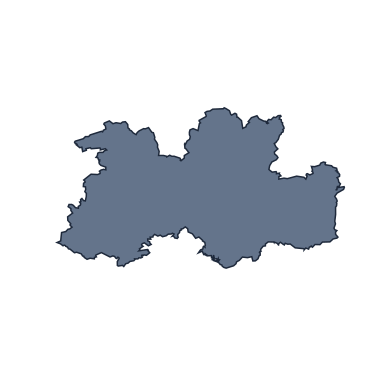 the district of Ballymote-Tobercurry Lea-7, Sligo, Ireland, rotated 159°
{"feature_id": "5873133B63806445794843", "entity_name": "Ballymote-Tobercurry Lea-7", "entity_type": "district", "adm_level": 2, "iso_a3": "IRL", "parent_name": "Ireland", "parent_adm1": "Sligo", "projection": "albers", "projection_center": [-8.685, 54.105], "detail": "fine", "context": "isolated", "style": "filled", "palette": "slate", "viewbox_px": 384, "rotation_deg": 159, "n_neighbors": 0, "source": "geoboundaries", "source_scale": "gbopen_adm2", "svg_char_len": 6033}
<svg xmlns="http://www.w3.org/2000/svg" viewBox="0 0 384 384"><g transform="rotate(159 192 192)"><path d="M282.4,146.9L279.6,148.8L277.2,148.5L274.9,149.4L270.9,148.7L269.3,149.5L269.4,150.1L266.5,148.9L265.1,149.6L263.5,148.8L261.8,148.9L261.8,150.6L261.2,151.0L260.3,150.1L259.4,150.5L257.2,149.2L253.6,150.3L253.2,150.5L254.3,153.2L253.7,153.4L254.0,154.2L262.6,156.1L261.3,156.7L261.4,157.8L257.1,158.8L257.9,159.9L257.9,161.0L256.8,161.6L254.7,161.6L252.0,157.4L248.9,157.7L249.6,159.5L249.4,160.9L250.8,162.2L250.2,164.0L247.4,162.7L247.3,164.8L244.6,164.0L243.9,165.1L242.0,165.8L239.7,163.1L237.1,163.1L235.5,160.8L231.7,160.4L229.3,161.2L226.5,160.2L225.1,160.5L223.8,159.2L226.3,157.8L225.0,157.7L224.6,155.3L222.4,153.9L221.0,154.8L221.2,155.5L220.5,157.5L218.2,158.6L217.3,160.2L215.5,160.4L215.3,161.3L213.8,161.0L210.8,161.8L209.2,159.3L209.9,156.1L206.6,152.8L205.2,147.5L201.7,147.5L199.4,143.0L199.7,142.5L198.1,140.4L198.7,137.4L199.6,136.9L199.7,136.0L200.5,137.1L201.3,136.7L202.3,134.9L204.8,134.9L207.8,132.9L203.6,133.1L203.5,129.7L203.0,129.9L203.0,129.2L202.0,128.6L201.5,129.2L201.1,128.3L201.5,129.0L201.6,128.4L200.9,128.1L201.4,127.6L200.6,126.9L196.7,125.7L197.4,123.5L195.6,123.1L195.3,124.3L194.2,125.3L194.7,124.5L194.7,122.9L196.9,121.8L193.0,120.9L192.1,119.7L191.4,120.4L191.6,119.5L190.6,118.9L192.0,117.9L192.9,118.8L192.4,117.3L193.7,118.5L193.0,118.3L193.0,119.3L195.2,119.3L196.3,121.0L196.7,120.5L193.3,117.6L192.0,115.7L191.7,114.2L190.3,113.2L190.4,112.0L189.3,110.2L187.4,108.7L179.6,108.2L176.6,109.3L175.5,110.8L172.3,111.2L168.3,113.2L163.7,110.8L159.4,110.2L159.9,105.8L157.5,105.0L154.3,106.0L152.2,108.4L151.0,108.6L150.3,110.4L150.6,111.4L149.4,111.7L149.8,112.0L148.8,112.5L148.4,113.9L145.0,115.9L142.8,115.4L142.1,117.1L138.7,118.1L133.6,116.0L133.5,115.4L133.2,115.8L130.8,113.5L130.1,111.0L129.9,112.6L127.4,113.4L125.5,110.3L124.8,110.2L125.2,110.1L124.8,109.5L123.4,110.7L121.4,109.0L118.9,108.2L115.7,102.9L107.9,99.0L107.6,98.5L108.0,97.8L105.9,98.9L103.6,96.9L102.2,98.5L100.4,98.3L99.8,99.4L100.0,98.5L99.3,97.3L96.0,98.9L91.4,97.0L88.2,98.5L81.1,96.0L77.0,97.6L73.2,97.0L71.9,97.6L73.1,101.0L72.3,103.2L70.6,104.1L72.2,105.6L72.4,107.4L69.5,110.8L69.2,113.5L66.0,119.5L63.4,126.4L62.0,127.3L60.9,129.5L61.0,130.5L59.7,131.5L59.6,134.1L59.1,134.1L59.8,134.2L60.3,136.8L56.9,139.0L49.6,140.1L48.1,141.7L48.1,142.5L54.9,144.0L55.9,142.2L57.3,142.4L56.1,142.4L54.3,145.0L52.7,144.5L50.5,146.4L51.4,148.7L50.9,151.6L51.5,153.4L48.7,153.7L47.9,155.3L48.3,157.1L49.3,158.2L48.6,158.9L50.0,160.2L48.7,160.5L48.5,162.4L51.5,164.6L52.3,166.5L57.7,169.6L57.8,170.3L56.8,171.7L58.6,172.9L61.5,172.8L63.1,171.3L68.4,171.7L71.2,173.0L71.0,172.3L71.4,172.2L71.6,169.2L72.6,168.4L72.0,167.2L72.4,165.9L75.8,165.7L77.8,167.8L78.6,167.8L79.4,166.9L78.8,165.6L81.1,163.2L82.2,165.6L88.6,169.3L98.2,170.3L101.2,172.0L106.3,172.9L105.4,175.2L103.2,175.2L104.1,177.8L103.7,178.3L106.6,178.8L106.0,180.3L106.2,180.9L110.0,181.8L111.6,184.4L112.1,185.5L110.1,188.7L106.7,191.4L101.7,191.9L99.4,193.3L99.9,195.6L101.2,197.8L100.8,199.8L96.4,201.5L97.5,204.3L97.8,207.8L96.0,208.1L92.5,210.3L89.9,213.6L88.2,214.0L87.1,215.4L85.7,215.3L84.7,216.5L84.9,217.8L83.4,218.2L83.0,219.6L83.3,223.0L82.6,224.0L83.4,225.3L82.8,227.5L84.4,228.9L83.7,229.4L83.7,230.2L81.8,230.7L81.9,231.7L84.2,232.4L87.1,231.5L89.0,232.6L92.3,231.1L94.5,232.3L96.6,230.9L96.9,230.2L96.1,229.0L97.1,228.8L97.7,229.4L97.8,231.6L99.6,232.5L103.2,236.4L104.0,239.9L109.9,240.1L114.3,237.6L113.5,236.4L117.2,235.0L118.3,233.5L121.8,233.2L120.2,240.9L122.5,245.5L123.2,245.7L122.5,248.7L123.7,250.1L127.5,249.6L128.0,250.6L127.9,254.4L130.5,257.8L131.8,259.1L132.9,258.5L143.0,261.9L146.2,261.2L149.1,261.9L151.4,261.5L151.4,257.9L151.9,257.4L159.7,256.3L159.9,255.4L159.3,253.5L160.6,253.2L164.4,247.2L168.3,250.8L171.6,250.7L173.0,248.8L173.9,246.3L173.8,244.2L175.4,242.0L178.2,241.4L181.0,238.9L181.3,239.8L181.8,239.4L182.9,235.4L182.2,234.5L180.8,229.8L186.1,228.8L187.1,226.4L191.1,225.1L191.6,225.9L190.9,226.7L191.1,227.9L195.9,231.8L198.1,232.6L199.6,234.3L203.0,233.8L203.0,234.5L205.5,236.3L210.1,238.1L208.1,241.7L208.2,246.1L207.1,248.4L207.1,250.4L208.1,254.8L207.1,256.4L206.8,261.2L208.1,262.1L209.5,267.7L213.0,267.7L214.5,268.5L219.5,268.0L221.9,267.1L223.6,265.6L225.7,268.2L226.7,270.9L228.1,272.4L227.9,273.3L228.8,274.8L227.8,278.1L229.0,281.5L231.8,282.2L234.0,281.5L238.1,283.9L241.3,284.1L243.7,288.0L249.1,287.8L250.0,287.0L249.2,284.7L249.8,281.7L252.6,281.4L253.9,280.2L254.8,281.1L266.6,281.8L268.6,280.8L271.7,281.9L274.4,280.7L282.8,281.3L283.8,280.6L283.6,279.1L282.9,278.8L283.1,278.0L282.3,277.9L282.2,276.6L282.6,276.6L280.9,273.6L278.8,273.3L279.6,268.9L275.7,268.8L275.5,270.4L271.0,269.8L270.6,268.5L262.2,266.1L261.9,265.6L262.5,264.1L257.4,263.5L256.6,261.8L259.0,261.9L260.9,260.9L264.3,262.2L266.1,262.0L267.2,260.0L269.2,258.7L267.7,257.9L267.7,255.2L266.7,255.0L267.3,253.7L268.1,253.5L268.4,251.6L267.5,249.5L263.6,246.1L264.5,243.6L266.3,244.8L269.0,245.1L271.0,244.6L270.7,243.6L271.2,242.2L273.8,242.1L279.9,244.8L288.8,242.0L288.1,240.5L288.2,239.6L290.1,239.0L291.5,236.0L289.6,235.0L290.3,232.5L291.9,230.7L291.1,228.6L292.4,225.5L294.8,221.9L296.3,222.8L297.1,225.4L298.7,224.9L299.2,222.8L300.5,222.9L300.1,220.9L301.0,219.7L303.3,219.3L303.9,217.6L306.4,219.1L307.6,222.1L308.8,223.5L311.3,224.4L312.9,222.7L311.0,219.9L311.7,218.2L311.0,215.1L317.0,213.4L318.1,210.0L316.6,205.7L317.7,205.0L317.6,204.3L316.6,202.2L319.5,201.3L321.1,201.7L324.0,200.3L328.3,200.9L332.1,193.4L336.1,193.2L333.4,190.8L331.7,188.0L330.4,188.2L329.4,187.3L329.4,186.6L328.0,185.2L327.7,183.2L326.3,182.3L323.5,177.4L321.3,177.1L317.5,173.9L317.1,171.5L316.0,170.8L316.1,169.6L314.1,166.8L310.9,166.7L307.1,164.6L306.5,165.9L304.5,165.7L304.7,167.2L304.3,167.6L298.3,167.9L291.8,160.7L288.8,160.7L287.4,159.6L286.7,157.3L286.0,156.8L284.5,157.7L283.8,156.8L283.9,156.0L286.7,153.8L288.0,150.2L287.4,149.3L283.2,148.4L282.4,146.9Z" fill="#64748b" stroke="#1e293b" stroke-width="1.5"/></g></svg>